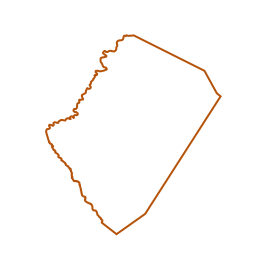 the district of Baganuur, Govĭ-Sümber, Mongolia, rotated 217°
{"feature_id": "93677404B2463849994891", "entity_name": "Baganuur", "entity_type": "district", "adm_level": 2, "iso_a3": "MNG", "parent_name": "Mongolia", "parent_adm1": "Govĭ-Sümber", "projection": "equal_earth", "projection_center": [108.426, 47.827], "detail": "fine", "context": "isolated", "style": "outline", "palette": "amber", "viewbox_px": 256, "rotation_deg": 217, "n_neighbors": 0, "source": "geoboundaries", "source_scale": "gbopen_adm2", "svg_char_len": 5719}
<svg xmlns="http://www.w3.org/2000/svg" viewBox="0 0 256 256"><g transform="rotate(217 128 128)"><path d="M147.4,59.0L146.7,58.8L146.2,58.7L145.8,58.3L145.7,58.0L145.4,57.9L145.2,57.2L144.6,56.8L144.4,56.4L144.3,56.0L144.0,55.8L143.6,55.8L143.2,55.7L142.9,55.3L143.0,55.1L143.1,54.8L142.9,54.6L142.6,54.2L142.2,54.3L141.8,54.2L141.1,53.9L140.8,53.7L140.3,53.4L139.7,53.2L139.4,53.2L139.1,53.2L139.0,53.4L138.8,53.5L138.4,53.6L138.4,54.0L138.1,54.2L137.7,54.3L137.1,54.4L136.9,54.5L136.9,54.8L136.7,54.9L136.3,54.9L136.1,55.0L135.9,55.1L135.5,55.2L135.1,54.9L134.7,55.0L134.4,55.1L134.0,55.1L133.8,55.0L133.5,54.7L133.0,53.9L132.5,53.5L132.4,53.6L132.2,53.6L132.0,53.3L131.6,53.0L131.2,52.5L130.6,52.2L129.4,51.2L128.6,50.6L128.4,50.0L127.7,49.7L127.3,49.5L127.0,49.1L126.6,48.8L126.4,48.4L125.9,48.2L125.6,47.7L125.1,47.5L124.9,47.2L124.7,47.0L124.5,46.8L124.0,46.6L122.9,46.5L122.2,46.6L121.7,46.8L121.5,47.0L121.3,47.1L120.9,47.2L120.5,47.2L120.2,46.9L120.1,46.5L119.3,45.8L119.3,45.3L119.4,45.1L119.3,44.9L118.6,44.3L118.1,43.9L117.6,43.9L116.9,44.1L115.9,44.0L115.0,44.1L114.4,44.5L114.0,44.5L113.4,44.4L113.1,44.5L112.6,45.0L112.1,45.0L111.7,45.0L111.4,44.7L110.5,44.7L109.8,44.3L109.0,43.6L107.7,42.1L107.1,41.6L106.5,41.5L106.0,41.5L105.3,41.9L104.6,42.4L104.0,42.5L103.5,42.5L101.9,41.8L100.8,40.8L100.2,40.3L98.5,40.1L97.6,39.7L96.6,39.8L95.8,39.5L95.2,39.6L94.7,39.3L94.8,39.1L94.7,38.9L93.9,39.0L93.3,38.8L92.9,38.8L92.5,38.3L92.3,37.8L92.4,37.4L92.2,37.1L92.0,36.7L91.7,36.6L73.3,36.3L62.6,69.7L73.1,209.0L78.0,209.2L101.4,219.7L179.2,205.4L181.0,203.6L181.9,203.0L182.7,202.3L183.2,201.7L183.8,201.5L184.4,201.4L184.8,201.2L185.1,200.7L185.1,200.2L185.5,199.9L186.0,199.8L186.5,199.4L186.6,199.1L186.6,198.6L186.0,197.4L185.5,196.4L185.4,195.6L185.5,195.1L185.9,194.3L186.6,193.7L187.0,193.3L187.8,192.6L188.5,191.3L188.6,190.4L188.5,189.8L187.9,188.9L186.7,188.0L186.4,187.7L186.1,187.1L185.9,185.8L185.5,184.9L184.8,183.8L184.6,183.1L184.6,182.6L184.8,181.4L185.1,180.8L186.1,180.2L188.3,179.2L189.4,178.3L189.7,177.3L190.4,176.1L191.1,175.6L192.3,175.7L192.8,175.6L193.1,175.3L193.4,173.9L193.0,172.8L192.0,172.6L189.5,172.7L188.9,172.6L188.5,172.4L188.4,172.2L188.4,171.8L189.0,171.1L189.6,170.3L190.2,169.6L190.7,169.1L191.1,168.8L191.7,167.8L191.8,167.4L191.5,166.7L190.7,165.6L189.9,164.6L188.8,164.1L187.9,163.9L187.1,163.5L185.7,162.6L184.9,162.2L184.2,162.1L183.6,162.2L182.3,162.8L181.8,162.9L181.0,162.6L180.4,162.3L180.3,161.9L180.4,161.6L180.8,161.3L181.3,160.1L182.2,158.8L183.1,157.9L183.8,157.0L184.6,156.3L185.4,156.0L186.2,155.8L187.8,154.6L188.0,154.2L187.9,153.7L187.5,153.2L187.0,153.0L185.9,152.9L185.2,152.7L184.9,151.8L185.0,151.2L185.8,150.8L186.2,150.5L186.4,150.1L186.3,149.8L185.9,149.7L185.5,149.4L185.1,148.2L185.1,147.2L185.2,146.2L184.8,145.7L185.0,144.3L185.1,143.4L185.4,142.6L184.6,141.4L184.3,141.0L184.5,140.2L184.6,139.5L184.2,139.0L183.2,138.7L182.6,138.5L182.3,138.1L182.1,137.9L182.0,137.2L182.2,136.4L182.6,135.9L183.0,135.6L183.6,135.5L184.3,135.4L184.5,135.1L184.5,134.8L184.1,133.4L184.1,132.7L183.9,132.2L183.4,131.6L183.0,130.9L183.1,130.1L184.1,127.8L184.5,126.9L184.6,126.5L184.5,126.3L184.0,125.7L183.5,125.3L182.6,124.8L181.8,124.4L181.4,124.1L181.2,123.7L181.6,123.3L182.5,122.5L182.5,122.3L182.6,122.1L183.8,121.3L183.9,121.1L183.5,120.4L182.4,119.4L182.2,119.0L182.2,118.8L182.5,118.2L182.9,117.7L183.0,117.0L182.9,116.4L182.3,115.6L182.0,114.9L181.5,114.3L181.2,113.8L181.1,113.3L180.9,112.7L181.0,112.1L181.3,111.7L181.9,111.3L182.5,110.6L182.4,110.0L182.0,109.1L181.6,108.8L180.9,108.7L179.6,108.9L179.4,109.1L179.2,109.4L178.9,109.5L177.7,109.5L177.0,109.4L176.6,109.1L176.4,108.6L176.3,108.1L176.6,107.5L177.4,106.9L178.1,106.4L178.5,105.7L178.5,105.2L178.3,104.4L177.4,103.6L177.4,103.4L177.5,103.3L177.8,103.3L178.2,103.4L178.8,103.6L179.4,103.7L179.8,103.6L180.3,103.0L180.7,102.3L180.7,101.6L180.6,101.1L180.1,100.9L179.6,100.8L179.4,100.7L179.5,100.5L179.6,100.4L179.9,100.2L180.5,100.0L181.4,100.0L182.1,99.4L182.5,98.8L182.8,98.2L182.7,97.3L182.7,96.6L182.7,96.2L182.9,96.0L184.8,95.1L186.2,94.3L186.4,94.0L186.4,93.8L186.5,93.3L186.6,93.1L186.9,92.7L187.0,92.0L187.2,91.5L187.2,91.0L186.9,90.3L186.9,90.0L187.0,89.9L187.5,89.6L188.0,89.4L189.1,89.0L190.0,88.4L190.4,87.9L190.5,87.3L190.3,86.8L189.2,85.8L189.1,85.4L189.1,85.0L189.4,84.6L190.2,84.4L191.0,84.2L191.8,83.9L192.4,83.5L192.6,83.1L192.6,82.6L192.2,82.1L191.7,81.9L191.2,81.8L190.8,81.4L190.4,81.0L190.4,80.4L190.5,79.9L191.2,79.1L191.8,78.5L192.0,78.2L191.9,77.4L191.6,76.4L190.9,75.6L190.3,75.0L183.8,70.2L183.5,70.1L183.2,70.0L182.9,69.9L182.6,69.7L182.5,69.4L182.5,69.1L182.3,69.0L182.0,69.0L181.2,69.0L181.1,68.9L181.0,68.7L180.8,68.7L179.8,69.0L179.4,69.1L178.8,69.0L178.6,68.7L178.5,68.3L178.4,68.2L178.2,68.2L177.9,68.0L177.7,67.9L177.7,68.0L177.4,68.4L176.9,68.4L176.9,68.1L177.2,67.6L177.3,67.4L177.2,67.1L176.6,66.8L175.5,66.5L175.0,66.3L174.8,66.0L174.6,65.8L174.4,65.7L174.2,65.7L174.0,65.8L173.7,65.9L173.3,66.1L173.0,66.1L172.8,65.9L172.7,65.7L172.3,65.7L171.9,65.7L171.7,65.5L171.5,64.9L171.3,64.7L170.9,64.6L170.6,64.7L169.9,64.8L169.2,64.9L168.5,64.9L168.1,64.8L167.8,64.7L167.3,64.6L167.0,64.4L166.7,64.2L166.6,63.6L166.4,63.2L166.1,62.9L165.7,62.9L165.1,63.1L164.3,63.3L163.8,63.4L162.9,63.5L162.5,63.3L162.2,63.0L162.2,62.6L162.1,62.3L161.5,62.1L161.0,62.1L160.7,62.2L160.2,62.4L159.5,62.2L158.8,62.3L158.2,62.3L157.7,62.3L157.2,62.3L157.0,62.1L156.8,61.9L156.5,61.9L156.2,61.9L156.1,61.5L155.8,61.3L155.3,61.1L153.5,61.1L153.0,61.3L152.6,61.4L152.1,61.1L151.8,60.8L151.5,60.6L150.6,60.8L150.3,60.7L149.9,60.8L149.4,60.8L149.0,60.7L148.9,60.4L149.0,60.0L148.7,60.0L148.3,60.0L147.8,59.6L147.4,59.0Z" fill="none" stroke="#b45309" stroke-width="2"/></g></svg>